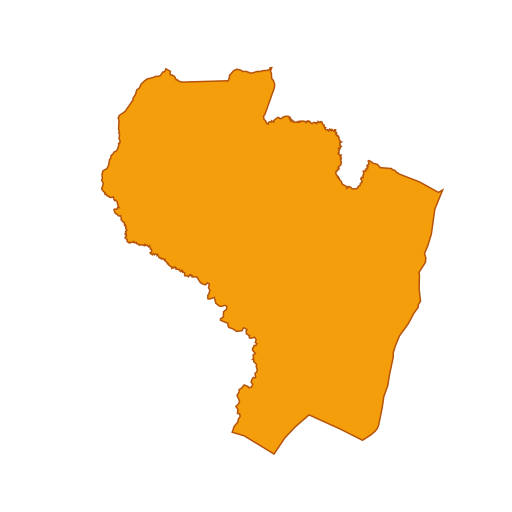 Kawambwa, Luapula, Zambia (Albers equal-area conic projection), rotated 196°
{"feature_id": "96606910B68487362337591", "entity_name": "Kawambwa", "entity_type": "district", "adm_level": 2, "iso_a3": "ZMB", "parent_name": "Zambia", "parent_adm1": "Luapula", "projection": "albers", "projection_center": [29.568, -9.766], "detail": "fine", "context": "isolated", "style": "filled", "palette": "amber", "viewbox_px": 512, "rotation_deg": 196, "n_neighbors": 0, "source": "geoboundaries", "source_scale": "gbopen_adm2", "svg_char_len": 6133}
<svg xmlns="http://www.w3.org/2000/svg" viewBox="0 0 512 512"><g transform="rotate(196 256 256)"><path d="M292.8,441.4L294.3,440.9L294.2,439.4L296.1,437.6L300.4,436.1L302.9,434.4L305.2,434.0L310.9,430.4L316.5,430.7L319.6,429.7L321.7,430.5L326.1,430.2L328.5,428.0L331.3,422.3L330.8,420.5L331.0,416.8L374.6,402.9L377.4,402.6L380.4,403.7L381.1,403.2L383.7,406.0L386.4,406.9L388.2,406.6L388.8,407.2L389.2,409.9L394.2,411.1L394.6,407.9L396.2,407.3L397.7,402.9L399.8,401.6L401.9,401.1L403.4,399.6L409.0,396.4L410.5,395.0L413.7,389.8L414.5,385.1L416.5,382.7L416.3,378.5L417.7,373.7L417.2,372.3L421.6,359.0L426.3,353.2L425.9,352.0L426.6,351.0L424.9,348.0L423.1,340.0L421.6,338.0L421.9,336.7L420.5,334.8L420.1,331.1L418.2,328.9L418.2,326.8L418.8,326.9L419.1,326.0L418.4,324.6L418.6,320.4L419.5,318.0L421.0,317.0L421.8,314.2L423.0,312.9L422.5,309.9L423.4,308.5L422.7,302.4L423.5,298.8L426.5,295.8L426.6,292.3L424.9,287.5L425.3,286.3L422.7,283.7L422.9,278.0L420.5,276.0L418.4,275.2L418.5,274.1L417.8,273.5L416.9,273.9L415.9,272.9L413.9,272.8L413.1,272.1L411.1,272.4L409.4,273.5L408.0,271.0L406.8,270.3L406.2,271.0L404.4,270.0L403.5,267.7L402.4,266.9L402.4,266.0L401.1,264.8L402.3,264.7L402.7,262.6L404.9,262.1L405.3,261.2L403.0,258.2L400.9,257.8L398.9,256.6L397.2,257.4L395.8,255.0L395.7,253.7L393.1,252.0L391.7,251.8L391.3,250.4L390.2,249.9L390.6,249.0L389.0,248.7L388.9,246.6L387.3,245.6L387.4,244.4L388.2,244.0L387.2,242.0L387.8,241.7L386.9,241.1L387.4,240.4L386.4,240.3L385.9,239.4L387.0,237.5L384.1,236.1L384.2,234.9L382.8,234.0L381.3,233.6L380.9,234.5L380.3,234.2L379.1,235.2L377.8,235.2L377.4,236.3L376.1,235.2L374.9,236.1L373.9,234.9L373.1,235.2L371.0,234.2L370.4,235.1L366.9,235.3L366.5,236.0L366.2,235.6L365.9,236.6L365.1,236.2L365.3,235.6L363.3,236.4L361.9,235.2L361.0,236.5L359.4,233.6L358.6,233.7L357.9,232.9L357.5,231.0L358.7,229.8L357.6,229.1L355.8,228.6L355.2,230.1L354.0,229.2L353.5,230.0L351.5,230.5L351.2,229.2L350.5,229.8L348.7,227.8L346.9,227.3L346.3,228.0L345.9,227.2L343.9,227.6L342.9,226.8L342.5,227.3L342.5,226.5L339.9,225.4L339.0,224.1L338.3,224.5L337.6,223.4L333.7,221.9L333.6,221.3L333.1,222.0L332.7,221.4L331.9,221.8L331.5,222.8L330.3,222.3L330.2,223.0L329.5,222.6L329.2,221.3L326.1,222.0L325.9,221.2L324.0,220.2L323.2,221.0L323.3,221.9L322.4,221.5L321.9,220.2L321.4,220.6L319.5,219.7L319.6,218.3L318.7,217.3L317.8,217.9L315.8,217.7L315.4,218.3L315.2,217.9L314.8,219.3L314.3,219.1L313.9,220.0L312.7,219.9L313.0,219.1L311.7,219.2L311.6,218.3L307.2,219.6L302.1,215.1L298.8,214.3L296.5,214.4L295.5,216.6L293.1,216.3L292.9,212.3L290.9,210.5L290.9,206.1L291.5,205.1L290.6,201.7L289.0,201.7L284.6,204.7L281.6,199.5L277.2,197.7L275.4,198.0L272.5,199.9L270.9,199.9L269.9,199.2L269.8,196.5L271.8,193.5L270.6,188.2L272.8,186.0L272.4,184.4L264.2,183.5L263.8,181.3L262.5,179.9L257.8,179.5L253.8,178.2L248.8,180.4L248.2,183.4L246.6,183.6L244.3,182.6L244.8,181.0L243.7,178.5L240.3,177.7L240.3,176.3L239.6,175.4L237.2,176.0L235.3,177.4L234.1,177.0L232.7,175.4L232.9,172.7L230.9,172.0L231.5,170.0L233.2,169.5L233.2,167.3L233.9,166.5L233.3,164.4L229.7,162.2L231.5,160.0L230.1,157.0L230.8,155.6L229.6,155.7L229.0,153.8L225.7,152.1L225.2,149.6L223.4,146.9L223.4,144.9L224.6,142.6L222.8,139.3L223.7,138.5L224.9,138.6L225.7,137.3L226.0,133.4L223.8,131.9L224.3,128.5L226.9,127.4L227.8,128.4L231.9,128.8L233.4,125.0L235.4,123.0L234.8,120.6L235.8,116.7L231.7,111.8L232.3,108.3L233.9,105.8L231.1,103.6L230.4,99.5L228.3,99.7L227.0,97.6L228.0,94.2L227.7,91.4L230.0,86.2L230.3,80.0L217.8,79.9L184.1,70.6L178.1,89.2L171.0,102.9L161.2,117.9L125.8,112.6L102.8,108.2L96.2,115.8L93.2,120.4L91.9,123.6L91.5,127.0L92.8,144.5L94.4,156.1L93.6,168.1L94.9,177.9L96.2,196.3L97.4,201.1L97.3,207.6L96.1,218.7L91.0,232.7L88.5,244.4L86.0,251.3L86.5,254.2L85.4,257.7L90.3,269.9L93.9,283.7L94.9,284.9L91.4,296.5L92.2,301.0L94.7,304.8L93.7,313.1L93.5,325.6L97.0,350.2L94.8,370.9L98.2,367.4L119.2,372.3L141.3,374.3L142.7,375.1L143.6,375.0L146.4,376.7L147.9,376.4L150.0,377.4L160.9,375.2L164.5,377.5L169.2,377.4L170.2,378.1L173.7,378.9L174.3,378.3L172.9,376.0L172.3,376.3L174.1,373.8L172.9,372.7L173.1,372.1L173.7,372.3L172.9,370.6L174.7,369.5L173.9,367.9L176.3,367.1L174.9,364.5L175.4,363.0L174.6,361.0L176.2,360.7L176.0,359.9L176.6,359.4L174.3,356.4L175.7,354.5L175.4,352.3L176.9,351.2L177.0,349.2L178.7,348.0L182.1,347.1L184.3,348.3L186.5,348.3L186.6,347.0L187.2,347.1L187.2,346.3L187.5,346.0L187.9,347.6L193.1,349.0L194.5,351.2L197.1,352.6L197.4,353.6L198.0,353.5L198.7,354.7L199.3,354.4L199.4,355.1L201.9,356.9L202.4,359.2L201.7,359.5L201.8,360.8L200.5,361.7L201.0,362.1L200.3,363.3L201.3,363.6L201.4,364.3L199.6,366.9L199.7,369.7L200.7,370.1L200.9,372.7L201.6,372.7L201.1,373.7L202.1,374.4L201.9,376.2L202.8,375.6L202.8,376.3L204.7,376.6L205.4,377.6L204.6,378.0L205.5,380.7L205.0,381.4L206.2,382.1L205.2,382.6L205.6,382.9L204.9,383.3L204.2,384.9L205.8,385.2L205.6,385.9L206.6,387.1L205.4,389.1L206.6,388.8L206.6,389.7L208.9,391.6L208.8,392.6L209.6,393.0L209.6,393.9L211.6,393.9L211.4,394.6L212.9,395.2L212.4,396.6L214.1,397.6L214.3,399.3L215.1,399.1L214.9,397.4L217.9,398.6L217.9,397.5L219.9,398.2L219.6,397.2L220.7,397.2L220.8,396.3L222.0,397.2L223.4,396.5L225.1,397.8L224.5,398.6L226.2,399.1L226.5,400.5L228.4,401.1L229.2,402.7L230.4,403.1L231.1,402.8L231.2,402.0L233.0,402.3L232.5,401.7L235.2,400.6L234.8,400.1L237.0,400.5L238.7,398.7L240.3,399.1L240.7,399.8L242.4,399.6L242.2,400.2L243.1,400.2L244.0,399.9L243.9,399.1L245.2,398.7L245.1,398.2L245.9,398.8L248.1,398.7L249.2,397.7L250.1,398.2L250.9,396.9L251.5,397.4L252.3,397.0L252.1,396.3L253.1,396.4L252.9,396.0L255.2,395.2L256.5,395.8L257.2,395.2L257.3,395.9L259.2,395.5L259.0,396.7L260.0,397.1L260.7,397.0L260.5,396.1L261.1,396.7L261.6,396.3L260.9,397.5L261.3,398.5L262.0,397.8L262.4,398.8L263.4,399.2L266.2,398.4L268.4,396.9L269.1,395.3L271.2,394.7L272.2,395.4L273.4,395.1L275.8,391.9L275.9,390.2L276.3,390.8L277.3,389.7L278.0,390.0L277.8,389.5L278.5,388.8L279.6,389.0L280.8,387.9L280.7,386.1L282.4,386.5L284.2,388.7L286.0,389.5L287.3,392.7L286.5,394.3L284.7,422.8L285.4,426.2L287.5,429.3L289.9,431.1L291.6,435.9L293.1,437.7L292.8,441.4Z" fill="#f59e0b" stroke="#b45309" stroke-width="1.5"/></g></svg>